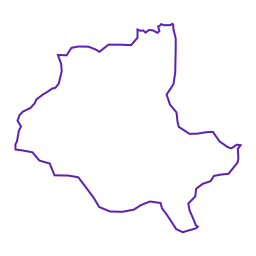 outline of Pera Pedi, Limassol, Cyprus
{"feature_id": "46923920B54392768580932", "entity_name": "Pera Pedi", "entity_type": "district", "adm_level": 2, "iso_a3": "CYP", "parent_name": "Cyprus", "parent_adm1": "Limassol", "projection": "robinson", "projection_center": [32.873, 34.863], "detail": "fine", "context": "isolated", "style": "outline", "palette": "violet", "viewbox_px": 256, "rotation_deg": 0, "n_neighbors": 0, "source": "geoboundaries", "source_scale": "gbopen_adm2", "svg_char_len": 1296}
<svg xmlns="http://www.w3.org/2000/svg" viewBox="0 0 256 256"><path d="M57.9,55.0L61.2,64.1L61.7,71.2L58.7,83.6L55.4,87.8L52.2,88.5L47.8,91.6L43.0,94.4L36.3,99.5L34.5,103.6L30.5,107.9L22.8,111.7L19.6,115.0L17.5,120.7L21.0,126.4L18.8,131.0L17.0,141.2L15.4,144.6L15.5,149.5L22.3,150.4L32.4,152.3L39.4,160.6L49.7,163.5L54.5,175.3L68.7,175.6L78.3,177.3L85.5,186.8L93.5,197.5L99.2,207.0L110.1,211.5L122.6,211.8L133.9,209.6L141.3,204.9L150.0,201.5L160.6,203.0L162.0,208.4L166.4,214.1L172.4,223.2L176.2,229.1L177.7,229.8L182.7,232.2L195.7,228.4L197.8,226.7L195.9,225.3L193.0,218.2L189.6,210.4L188.3,203.5L195.3,196.4L196.1,188.9L202.5,183.9L210.5,181.2L213.9,175.9L221.5,174.5L228.5,173.8L237.4,162.7L238.4,158.6L237.8,148.9L240.6,145.2L236.8,144.7L231.5,148.3L228.0,147.3L219.6,141.5L212.8,131.8L205.5,132.3L197.2,133.7L189.4,133.8L178.8,126.9L177.5,121.8L176.5,112.4L170.0,104.7L166.6,94.5L173.4,84.4L175.2,73.0L175.4,64.1L175.7,49.6L175.7,38.4L173.4,29.0L173.1,24.3L172.4,23.8L170.4,25.1L167.9,25.1L164.0,25.2L161.2,24.1L160.2,25.4L158.1,26.5L159.4,31.0L157.5,32.8L152.7,30.3L148.9,30.0L145.6,32.6L143.1,30.4L140.4,30.8L137.5,29.5L137.5,37.7L131.1,45.1L120.6,44.7L108.4,44.7L99.5,51.8L95.4,49.4L88.6,46.7L78.2,46.5L71.4,47.9L66.6,55.3L57.9,55.0Z" fill="none" stroke="#5b21b6" stroke-width="2"/></svg>